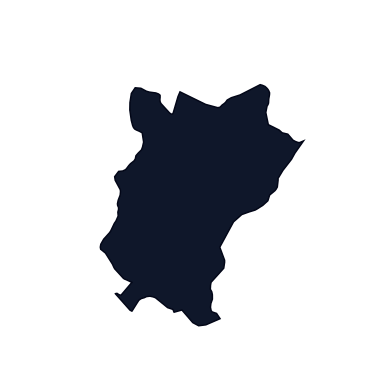 Shemgang, Robinson projection, rotated 52°
{"feature_id": "BTN-2485", "entity_name": "Shemgang", "entity_type": "District", "adm_level": 1, "iso_a3": "BTN", "parent_name": "Bhutan", "parent_adm1": "", "projection": "robinson", "projection_center": [90.837, 27.078], "detail": "fine", "context": "isolated", "style": "filled", "palette": "ink", "viewbox_px": 384, "rotation_deg": 52, "n_neighbors": 0, "source": "natural_earth", "source_scale": "10m", "svg_char_len": 2075}
<svg xmlns="http://www.w3.org/2000/svg" viewBox="0 0 384 384"><g transform="rotate(52 192 192)"><path d="M248.9,312.7L247.0,313.6L225.0,315.0L225.0,314.8L225.7,313.5L227.8,312.8L228.8,312.2L229.6,311.4L226.2,295.0L220.3,298.0L219.0,298.8L217.8,299.2L204.9,300.2L203.1,299.9L199.8,299.1L186.8,297.8L180.9,299.2L179.0,298.2L177.0,296.0L174.8,290.6L173.3,282.0L172.6,279.9L168.9,272.5L168.1,269.9L165.5,265.0L162.2,262.8L160.4,260.5L158.9,259.4L156.9,258.9L155.4,258.0L153.1,255.3L150.2,250.5L147.8,248.2L146.1,247.1L135.5,245.3L132.3,243.5L130.6,237.1L132.8,233.7L133.5,230.5L133.1,228.6L132.2,225.3L131.8,222.9L131.8,218.6L131.1,216.4L128.9,213.8L128.2,210.3L127.7,205.9L126.1,203.3L122.9,199.4L114.7,194.8L111.7,196.1L108.8,197.7L107.0,198.4L105.2,198.4L103.2,197.9L98.1,195.7L89.1,190.5L83.3,185.8L77.0,179.1L74.9,172.6L78.8,168.4L84.5,165.9L87.1,164.0L91.7,159.5L94.2,158.0L96.1,157.6L97.7,158.8L99.3,160.3L100.9,161.4L103.0,162.0L116.0,161.0L118.0,160.3L118.6,159.3L118.1,158.1L108.2,144.3L105.7,139.8L131.4,127.3L141.4,119.8L142.4,117.9L142.3,116.5L142.1,115.4L142.0,114.3L142.1,113.2L142.1,111.9L142.0,110.4L141.2,107.6L141.9,103.0L145.1,94.4L147.7,81.0L149.4,72.2L151.3,70.8L153.7,69.5L155.9,69.1L157.8,69.0L159.5,69.2L161.6,69.8L163.1,71.1L166.0,74.3L169.0,76.9L169.9,78.3L170.6,80.1L174.8,84.9L185.9,90.4L196.8,85.2L200.9,84.5L205.4,80.9L213.4,80.5L216.1,79.3L218.3,77.9L219.3,76.8L220.4,72.7L224.7,86.9L227.5,93.5L230.9,107.0L234.3,115.9L235.5,116.7L240.6,121.7L241.6,124.1L242.0,125.8L242.2,132.7L245.6,137.6L246.1,144.2L245.5,150.8L245.1,153.4L242.8,159.4L240.4,166.7L241.1,177.7L252.6,204.1L265.8,208.3L267.4,209.5L271.6,213.9L274.9,232.6L276.9,234.8L279.9,237.4L282.9,237.9L285.5,239.2L289.0,241.9L291.5,245.8L294.2,248.4L297.1,249.9L298.8,250.0L302.8,247.4L309.1,247.9L305.2,262.9L301.5,269.1L295.4,271.8L278.8,272.6L275.7,280.1L274.7,279.9L273.3,279.4L272.5,279.5L268.1,282.4L252.8,285.9L250.7,287.2L248.2,289.3L246.4,292.3L245.9,294.7L244.8,297.4L244.6,299.0L244.6,300.7L248.9,312.6L248.9,312.7Z" fill="#0f172a" stroke="#020617" stroke-width="1.5"/></g></svg>